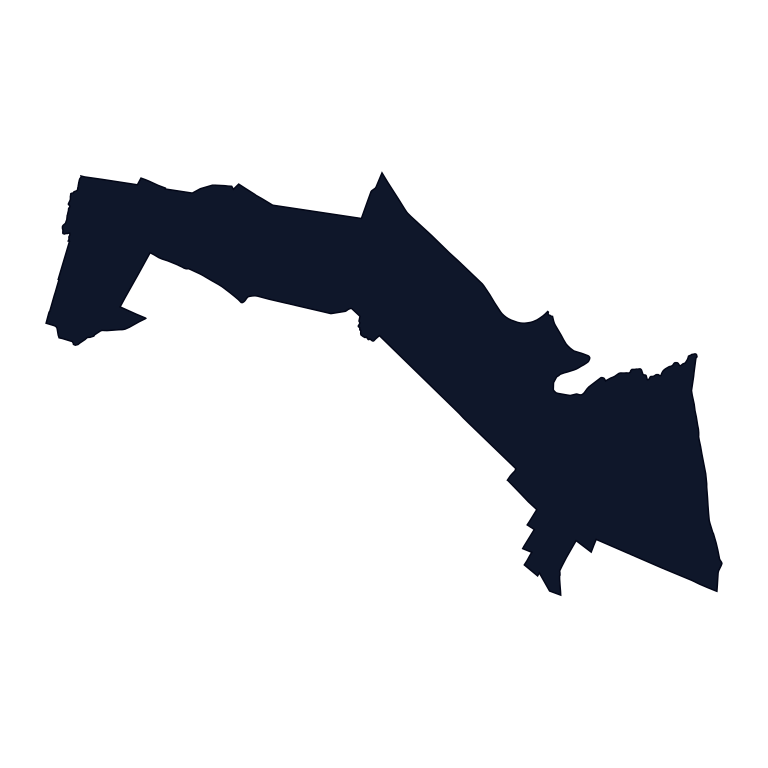 outline of Muñoz de Domingo Arenas, Tlaxcala, Mexico
{"feature_id": "50627088B8354307803042", "entity_name": "Muñoz de Domingo Arenas", "entity_type": "district", "adm_level": 2, "iso_a3": "MEX", "parent_name": "Mexico", "parent_adm1": "Tlaxcala", "projection": "mercator", "projection_center": [-98.236, 19.501], "detail": "fine", "context": "isolated", "style": "filled", "palette": "ink", "viewbox_px": 768, "rotation_deg": 0, "n_neighbors": 0, "source": "geoboundaries", "source_scale": "gbopen_adm2", "svg_char_len": 6017}
<svg xmlns="http://www.w3.org/2000/svg" viewBox="0 0 768 768"><path d="M382.0,172.9L376.1,187.0L375.3,188.2L371.8,190.7L371.1,191.5L368.0,200.0L361.4,218.5L272.7,205.2L262.8,199.2L255.4,195.0L255.1,194.6L245.8,188.7L238.7,184.1L233.4,189.3L231.7,186.3L228.1,186.1L224.9,185.7L214.9,185.2L212.4,185.2L200.4,188.7L192.3,193.1L165.3,189.0L165.4,188.1L158.2,185.4L149.1,181.2L145.2,179.6L141.0,178.1L137.4,184.8L102.2,179.4L84.6,176.9L81.0,176.0L81.1,176.4L81.1,177.1L79.9,178.6L79.6,179.3L79.3,180.3L79.1,181.4L78.8,182.4L78.5,184.4L78.3,185.2L78.2,186.5L77.9,187.5L77.7,188.3L77.7,189.0L77.4,190.0L77.0,190.5L76.5,190.8L75.4,191.3L74.4,191.6L73.9,191.9L73.3,192.8L72.9,193.1L71.9,193.2L71.1,193.5L70.8,193.7L70.7,194.0L70.7,195.0L70.4,196.3L70.4,199.2L70.0,200.5L68.4,203.8L68.4,204.3L68.5,204.6L69.3,205.2L69.6,205.6L69.8,206.1L69.8,206.7L69.7,207.1L68.8,208.2L68.6,208.6L68.4,210.9L68.0,212.3L67.5,214.8L67.2,215.4L66.8,219.6L65.4,223.4L63.4,225.1L62.7,226.0L62.5,226.4L62.4,228.0L62.6,229.1L62.9,229.9L62.9,230.6L62.8,232.6L62.8,233.1L63.0,233.5L63.3,233.7L63.7,233.8L64.6,234.0L64.8,233.8L66.4,233.5L67.8,233.5L69.2,232.9L69.6,233.0L69.9,234.5L69.8,235.1L69.5,235.7L69.0,236.6L68.9,237.0L69.0,239.0L68.9,239.6L68.2,241.0L69.5,241.4L58.2,279.4L59.0,279.6L57.1,286.0L55.2,292.6L54.3,295.4L49.8,311.2L49.1,312.1L48.5,314.2L46.1,323.2L53.8,325.5L55.5,326.2L56.5,327.2L57.1,328.4L58.2,335.0L59.1,337.8L62.3,338.5L72.4,341.6L73.6,344.0L73.5,344.4L75.3,345.2L78.0,344.5L79.7,343.1L85.2,339.4L86.0,338.6L87.2,337.6L88.1,337.4L90.0,337.3L93.8,336.1L94.6,334.8L100.3,331.0L101.9,330.4L107.0,330.6L118.9,329.7L122.7,329.6L125.1,329.1L129.4,327.2L139.2,321.7L145.5,318.6L145.8,318.3L145.4,318.0L136.3,314.2L120.1,306.9L124.9,298.0L138.5,273.8L150.1,252.7L154.3,254.9L158.8,257.6L162.1,259.0L167.7,260.8L176.1,264.2L182.5,267.2L184.0,268.1L186.2,268.8L187.0,268.8L188.2,268.7L188.8,268.7L189.4,269.0L199.4,273.6L201.6,274.7L212.2,280.9L218.6,284.5L222.1,286.7L230.0,292.7L234.6,296.4L238.4,299.6L241.2,302.5L242.4,302.6L243.0,302.3L244.3,301.4L245.4,300.1L246.6,298.3L248.0,296.8L249.8,296.3L252.5,295.9L254.1,295.8L255.4,295.8L257.5,296.1L269.1,299.2L323.7,311.9L330.4,313.5L330.9,313.6L332.3,313.4L345.3,311.3L346.3,310.8L348.2,309.4L350.0,308.6L351.0,308.4L351.7,308.6L351.9,308.7L360.0,316.3L359.0,321.0L359.1,321.4L359.8,322.6L359.8,323.1L359.6,323.8L358.3,325.9L358.3,326.3L358.4,326.6L359.8,327.8L359.8,329.8L360.0,330.1L360.6,330.4L360.8,330.7L360.7,333.5L360.8,334.1L361.0,334.9L363.1,336.5L364.7,337.4L365.0,337.5L365.5,337.4L366.2,337.0L366.5,337.2L367.0,337.9L368.2,339.5L368.4,339.6L368.8,339.6L369.7,339.1L370.1,339.1L372.1,340.7L372.8,341.0L373.2,341.0L373.6,340.9L374.1,340.5L375.6,338.9L379.4,335.6L459.2,413.4L463.4,417.9L468.5,422.9L516.0,468.8L515.3,469.9L514.9,471.0L512.7,473.2L510.4,475.8L507.4,480.2L508.0,480.6L518.5,491.4L528.5,501.9L536.8,509.6L529.2,521.9L527.2,524.9L534.3,529.5L523.9,546.4L522.7,548.6L531.8,552.3L529.8,555.6L526.9,560.9L524.3,564.9L537.6,575.9L539.3,572.8L549.6,591.0L560.7,595.1L560.5,591.1L560.1,586.4L559.6,579.0L559.6,575.7L560.0,575.2L559.9,572.6L559.7,571.3L559.7,570.8L562.0,566.0L566.4,557.5L576.1,540.6L591.2,552.1L593.9,545.0L596.2,539.4L661.6,567.8L691.9,580.4L699.5,584.1L707.7,587.6L716.3,591.1L716.9,591.3L717.3,585.8L718.1,572.8L718.6,570.8L721.1,565.7L721.9,563.6L721.6,562.4L719.6,559.3L717.8,550.1L716.1,542.9L713.4,533.6L712.7,532.3L709.9,523.2L709.2,520.4L708.6,513.9L708.0,505.9L707.5,497.4L706.7,487.0L706.7,483.8L705.7,473.7L701.8,453.6L700.6,446.6L699.2,440.1L698.6,436.7L698.7,435.3L698.7,432.6L698.4,429.1L697.6,425.1L696.3,416.9L695.0,410.8L694.2,404.4L692.2,395.1L691.5,390.6L693.6,376.5L694.0,372.6L695.9,358.2L697.0,356.8L696.8,356.5L696.7,355.1L696.2,354.4L695.8,354.0L694.9,353.9L694.3,354.0L693.2,354.3L691.9,354.4L690.9,355.1L688.8,356.0L688.5,356.2L688.4,356.6L688.3,357.1L687.6,359.1L687.2,359.9L685.5,362.6L684.8,363.2L682.9,363.9L682.4,364.3L681.1,365.4L680.7,365.6L680.3,365.6L679.9,365.6L679.6,365.4L679.3,365.2L678.2,363.4L677.5,362.9L677.0,362.7L676.0,362.7L675.0,362.7L674.2,363.2L673.8,363.7L672.7,365.3L671.8,365.9L670.6,366.4L669.8,366.5L669.1,366.7L665.5,368.8L664.2,369.8L663.2,370.8L662.6,371.7L661.7,373.4L661.2,374.9L660.9,375.4L660.6,375.7L659.9,375.7L658.2,374.6L656.9,374.6L656.1,374.7L654.0,376.1L653.3,376.3L652.4,376.5L650.9,376.5L650.5,376.8L650.1,377.1L649.4,378.7L648.5,379.5L648.1,379.7L647.4,379.7L647.2,379.5L646.1,375.6L645.7,375.2L645.1,375.0L643.8,374.9L643.3,374.7L642.9,374.2L641.5,370.1L640.9,369.3L640.2,368.9L639.5,368.9L638.7,369.0L637.8,369.2L636.5,369.1L634.9,369.4L632.0,369.4L631.0,370.3L630.7,370.8L630.4,372.0L629.5,372.7L628.7,373.1L626.4,372.9L624.1,373.1L620.5,373.0L619.2,373.3L618.6,373.6L614.8,376.3L613.2,377.1L610.6,378.1L605.6,380.9L604.6,379.1L604.1,378.4L603.7,378.1L602.5,377.7L601.8,377.6L601.2,377.6L600.8,377.8L589.0,386.8L587.2,388.7L584.3,392.7L583.5,393.5L582.4,394.4L581.5,394.8L580.3,394.9L579.5,394.8L577.5,394.2L576.7,394.0L576.0,394.1L570.7,395.4L570.2,395.5L566.4,394.9L558.0,393.4L556.2,392.9L554.4,391.3L553.4,389.9L553.3,389.6L553.5,383.7L553.6,382.5L556.6,376.9L559.0,375.4L559.5,374.8L560.4,374.2L564.0,372.9L567.7,371.9L574.0,369.9L576.3,369.0L578.2,368.0L581.3,366.1L583.6,364.9L586.2,363.2L588.0,361.9L588.6,361.1L589.4,359.5L589.7,358.4L589.7,357.5L588.9,356.3L588.0,355.7L586.9,355.3L583.0,353.8L574.0,351.0L572.4,349.9L570.2,348.2L567.7,345.8L566.1,344.0L563.7,340.0L561.1,335.1L555.3,325.3L554.4,323.5L553.6,321.1L552.5,316.4L551.9,316.4L551.2,316.2L549.9,315.3L549.1,315.1L548.4,314.8L548.2,314.4L548.1,313.6L548.4,312.1L547.7,311.5L545.2,314.0L543.0,315.9L539.3,318.5L536.9,320.0L533.0,321.7L530.5,322.4L527.4,322.9L524.9,323.2L522.6,323.2L520.4,323.0L517.6,322.4L511.4,320.2L508.3,318.7L506.0,317.2L504.0,315.6L502.0,313.7L500.5,311.8L494.6,302.8L489.7,294.6L483.8,285.8L482.3,283.9L458.0,260.7L449.3,252.8L431.6,235.5L410.8,216.4L407.7,213.3L406.7,212.1L404.9,209.4L398.8,199.6L387.9,182.6L382.0,172.9Z" fill="#0f172a" stroke="#020617" stroke-width="1.5"/></svg>